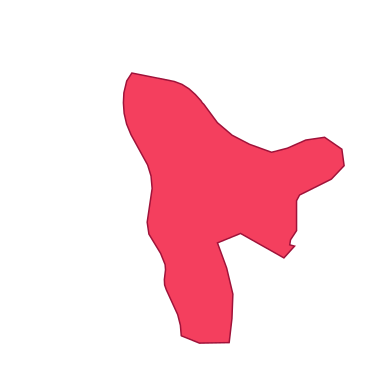 the border of Zəngilan, rotated 126°
{"feature_id": "AZE-1740", "entity_name": "Zəngilan", "entity_type": "District", "adm_level": 1, "iso_a3": "AZE", "parent_name": "Azerbaijan", "parent_adm1": "", "projection": "equal_earth", "projection_center": [46.619, 39.055], "detail": "fine", "context": "isolated", "style": "filled", "palette": "rose", "viewbox_px": 384, "rotation_deg": 126, "n_neighbors": 0, "source": "natural_earth", "source_scale": "10m", "svg_char_len": 802}
<svg xmlns="http://www.w3.org/2000/svg" viewBox="0 0 384 384"><g transform="rotate(126 192 192)"><path d="M131.2,103.2L137.6,102.3L161.8,84.7L172.7,84.2L177.3,81.9L175.5,77.2L191.3,78.9L197.0,128.4L218.2,141.5L233.2,119.2L250.6,98.9L270.9,85.3L292.0,73.4L309.9,97.2L314.6,116.0L314.5,116.3L306.6,123.1L299.6,131.5L286.2,155.3L283.3,159.5L279.1,162.9L270.5,167.7L266.5,171.1L260.1,181.3L251.4,202.1L242.8,210.5L212.6,226.3L203.1,234.6L196.2,243.8L181.5,275.0L175.5,284.8L168.3,293.1L160.2,299.9L151.8,305.4L140.5,310.1L131.1,310.6L113.0,271.3L110.8,263.3L110.3,255.0L111.2,246.5L113.0,238.1L113.8,236.2L114.1,234.0L121.0,212.2L122.5,193.0L119.6,173.5L113.1,151.0L100.5,140.6L83.1,130.5L69.8,116.9L69.3,95.9L81.3,84.4L99.6,86.8L131.2,103.2Z" fill="#f43f5e" stroke="#9f1239" stroke-width="1.5"/></g></svg>